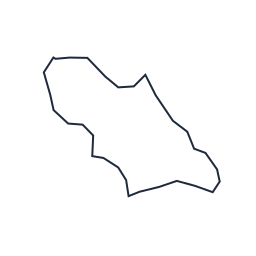 the district of Kumla, Orebro, Sweden, rotated 58°
{"feature_id": "70781695B57717414810507", "entity_name": "Kumla", "entity_type": "district", "adm_level": 2, "iso_a3": "SWE", "parent_name": "Sweden", "parent_adm1": "Orebro", "projection": "orthographic", "projection_center": [15.16, 59.145], "detail": "fine", "context": "isolated", "style": "outline", "palette": "slate", "viewbox_px": 256, "rotation_deg": 58, "n_neighbors": 0, "source": "geoboundaries", "source_scale": "gbopen_adm2", "svg_char_len": 538}
<svg xmlns="http://www.w3.org/2000/svg" viewBox="0 0 256 256"><g transform="rotate(58 128 128)"><path d="M28.7,153.9L36.2,169.9L58.5,176.3L73.4,181.6L92.5,176.4L101.1,164.7L115.9,161.5L132.9,173.2L140.4,164.7L156.3,157.2L171.2,157.2L186.1,163.6L188.2,151.9L194.5,132.7L198.7,114.7L212.5,101.9L227.3,90.2L227.0,89.5L222.0,78.6L210.3,74.4L190.2,75.5L180.6,82.9L162.6,79.7L145.7,86.1L114.9,87.2L92.1,85.1L95.8,101.0L88.4,114.7L72.4,120.0L47.0,125.3L37.4,140.1L30.9,152.8L28.7,153.9Z" fill="none" stroke="#1e293b" stroke-width="2"/></g></svg>